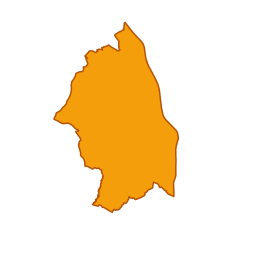 Itagüí, Antioquia, Colombia (Equal Earth projection), rotated 307°
{"feature_id": "7082276B40156907925674", "entity_name": "Itagüí", "entity_type": "district", "adm_level": 2, "iso_a3": "COL", "parent_name": "Colombia", "parent_adm1": "Antioquia", "projection": "equal_earth", "projection_center": [-75.62, 6.177], "detail": "fine", "context": "isolated", "style": "filled", "palette": "amber", "viewbox_px": 256, "rotation_deg": 307, "n_neighbors": 0, "source": "geoboundaries", "source_scale": "gbopen_adm2", "svg_char_len": 5490}
<svg xmlns="http://www.w3.org/2000/svg" viewBox="0 0 256 256"><g transform="rotate(307 128 128)"><path d="M204.6,88.4L205.2,86.3L207.1,75.0L210.5,62.2L209.6,61.9L208.4,62.7L205.5,64.5L205.2,64.6L204.2,64.8L204.1,65.4L200.4,63.9L200.2,63.5L195.0,61.5L194.6,61.5L193.9,61.8L193.7,62.1L191.7,68.6L190.7,69.3L188.3,70.8L187.6,71.8L187.2,72.0L186.9,72.0L186.8,72.3L186.4,72.8L185.7,73.3L185.6,74.4L184.1,74.2L183.8,74.0L183.7,73.9L183.2,70.8L182.7,66.3L182.6,65.1L182.6,63.1L182.7,62.7L180.0,61.3L179.3,60.7L178.8,60.6L178.3,59.9L177.7,59.9L177.3,59.6L177.0,58.9L176.6,58.7L176.5,58.8L176.0,59.1L175.5,60.2L175.0,60.5L174.4,59.0L173.7,57.8L173.3,57.3L173.0,57.1L171.7,56.3L171.2,57.6L170.6,57.2L170.4,57.0L170.1,57.3L169.9,57.3L169.3,57.1L169.1,56.8L168.6,55.8L168.5,55.0L168.4,54.0L168.3,53.6L168.1,53.3L167.9,53.2L167.7,52.6L166.8,51.4L166.5,51.1L165.8,50.7L163.6,50.8L163.1,50.7L161.8,50.7L160.7,50.3L160.3,50.3L159.5,50.4L159.2,51.0L159.2,51.4L159.8,52.0L159.0,53.5L158.4,52.9L158.5,52.5L158.4,52.4L157.2,53.8L155.6,56.6L155.3,57.0L155.0,57.2L154.4,57.3L153.8,57.4L152.2,57.4L151.5,57.3L150.9,56.9L150.4,56.1L150.1,55.8L149.8,55.7L149.5,55.8L148.3,57.0L147.6,57.4L147.2,57.6L145.9,57.6L145.3,57.3L144.2,56.0L143.3,55.2L140.8,53.9L140.3,53.8L139.9,53.8L139.5,53.9L138.3,54.5L137.1,54.8L136.0,54.9L135.3,55.1L134.6,55.2L132.0,55.2L131.2,55.3L130.4,55.6L128.1,56.8L126.5,58.3L125.8,58.8L124.2,59.9L121.3,61.5L118.3,62.3L116.8,62.7L112.7,63.1L111.9,63.3L110.8,64.0L110.4,64.1L107.4,64.0L105.4,63.6L104.2,63.5L101.8,63.6L100.1,63.2L97.4,61.9L97.0,61.8L96.6,61.8L96.2,61.9L94.9,62.6L94.4,62.7L92.5,63.0L91.5,63.2L90.9,63.4L90.6,63.6L90.5,64.0L91.0,66.0L91.3,67.6L91.5,68.9L91.5,69.9L91.7,71.2L91.8,71.7L92.2,73.1L92.9,74.1L95.4,76.7L95.9,77.6L96.3,78.7L96.5,80.5L96.5,81.2L96.5,82.2L96.3,83.5L96.0,85.8L95.9,87.6L96.4,89.1L96.5,89.7L96.4,90.0L96.0,90.2L95.4,89.9L94.3,89.0L94.0,88.6L93.9,88.5L93.6,88.5L93.4,88.8L92.0,93.3L91.8,94.2L91.3,95.5L91.0,96.2L90.0,97.6L89.7,97.7L89.1,97.6L88.6,97.3L87.6,97.3L86.5,98.1L85.6,98.3L85.1,98.5L84.7,98.8L83.2,100.4L81.1,103.3L80.0,104.7L79.5,105.3L78.4,105.9L77.9,106.4L77.6,106.8L77.3,107.7L76.8,110.5L76.5,111.6L75.6,112.8L74.2,114.5L73.9,114.8L72.5,115.9L72.2,116.2L72.0,116.8L71.9,116.8L72.9,118.8L73.1,119.4L73.2,119.9L73.3,121.0L73.4,121.7L73.6,122.2L73.7,124.0L73.9,124.3L74.1,124.5L74.8,124.9L75.4,125.0L76.2,125.1L76.4,125.2L76.6,125.9L76.7,126.8L76.8,127.1L78.3,128.9L78.5,129.4L78.0,130.7L78.1,130.9L78.5,132.2L77.7,133.1L77.4,133.2L77.0,133.2L76.8,133.3L76.7,133.7L75.6,135.5L75.2,136.1L74.9,136.5L74.8,136.8L74.6,137.1L74.4,137.3L74.2,137.3L73.9,137.1L73.7,137.1L73.1,138.0L72.8,138.1L72.1,138.0L71.6,137.9L71.4,137.9L70.8,138.2L70.3,138.7L70.1,138.8L70.0,138.7L69.7,138.2L69.6,138.3L69.5,138.9L69.3,139.2L68.9,139.4L68.5,139.3L68.3,139.3L68.0,139.5L67.8,139.8L67.4,139.7L66.7,139.9L66.2,140.4L65.7,140.6L65.5,141.0L65.3,141.3L64.8,141.4L64.6,141.5L64.3,141.4L64.1,141.2L63.9,141.2L63.6,141.4L63.3,141.8L63.2,141.9L62.1,141.5L61.9,141.6L61.1,142.5L60.9,142.3L60.7,142.0L60.4,142.3L60.1,142.4L59.8,142.2L59.7,142.2L59.5,142.4L59.4,143.3L59.2,143.6L58.6,143.6L58.2,144.1L57.6,144.5L57.1,144.3L56.3,144.3L56.1,144.5L55.7,144.7L55.8,145.1L55.9,145.3L56.2,145.4L56.3,145.7L56.3,145.9L56.1,146.1L55.5,146.1L55.4,146.0L55.4,145.4L55.3,145.2L54.4,145.6L53.8,145.8L53.5,146.0L53.1,145.7L52.9,145.9L52.7,145.9L52.2,145.7L52.0,145.4L51.5,145.3L51.4,145.6L51.6,145.8L51.4,146.0L51.2,146.1L50.9,145.7L50.3,146.5L49.8,146.1L49.5,146.0L49.4,146.0L49.2,146.5L48.8,146.6L48.7,146.4L48.7,146.0L48.6,145.9L48.3,145.8L48.1,145.7L47.9,145.6L47.7,145.7L47.7,146.0L47.1,145.8L46.7,146.0L45.7,145.6L45.5,145.8L45.8,146.5L45.9,147.2L46.2,148.1L47.0,149.7L47.5,151.2L47.9,151.3L49.4,151.3L49.7,152.2L49.8,153.7L49.5,154.9L49.3,155.1L49.3,155.4L49.4,155.6L50.0,156.5L50.3,158.3L50.2,158.3L50.6,162.7L50.8,163.4L51.2,166.1L53.6,165.7L54.5,165.7L54.8,167.5L55.0,167.8L56.0,168.1L56.1,168.3L56.4,169.2L57.1,169.4L58.3,170.0L58.6,170.0L59.2,170.0L59.8,169.9L61.7,170.1L62.4,169.6L62.6,169.6L63.2,169.8L64.0,170.4L64.3,170.4L65.7,169.9L65.8,169.9L66.0,170.3L66.6,171.5L66.9,171.7L67.5,171.9L69.6,171.6L70.7,171.3L71.8,171.3L72.0,171.2L72.6,170.7L72.9,170.5L73.3,170.3L73.7,170.3L73.8,172.5L74.3,173.8L74.5,173.9L75.2,174.0L75.4,174.2L75.5,174.4L75.6,175.0L75.5,175.6L75.2,176.5L75.3,176.8L75.5,177.2L80.0,180.0L84.1,181.8L84.6,181.8L86.0,180.8L86.4,180.6L86.6,180.7L88.4,181.5L90.5,181.4L94.4,183.5L95.0,183.6L95.3,183.6L98.1,181.9L99.3,181.4L100.3,181.2L100.6,183.1L101.1,184.4L101.2,184.9L101.2,185.8L100.9,186.8L100.5,187.5L100.2,187.9L99.8,188.2L99.7,189.1L99.7,189.3L101.0,190.3L100.2,195.2L100.8,196.4L100.8,196.7L100.0,197.0L99.6,199.5L99.5,200.3L99.6,200.5L99.8,200.9L100.8,205.7L101.5,205.4L103.3,204.1L105.1,202.7L111.1,197.7L112.9,196.8L114.7,196.3L117.4,195.4L118.8,194.8L120.7,193.4L125.7,189.6L130.2,186.4L133.2,184.1L134.4,183.0L139.3,179.3L140.0,178.8L142.6,177.4L146.7,175.7L148.7,175.0L149.7,174.6L150.8,173.8L153.4,171.0L153.8,170.5L154.3,169.8L154.7,168.9L155.0,168.0L155.4,165.9L157.2,154.2L157.3,153.2L157.6,152.2L158.1,150.9L158.5,149.8L158.9,149.0L160.2,147.2L162.1,145.2L163.3,143.6L164.4,142.4L171.7,135.4L175.1,132.2L176.8,130.5L178.3,128.9L180.6,125.9L182.2,123.3L183.0,121.8L184.6,118.4L186.0,115.5L187.1,113.2L189.1,108.7L190.0,106.9L191.0,105.2L191.9,104.0L191.7,103.7L192.6,102.7L193.5,101.7L193.4,101.5L195.9,98.7L200.1,94.6L202.0,92.7L202.7,91.7L203.3,91.0L204.0,89.8L204.6,88.4Z" fill="#f59e0b" stroke="#b45309" stroke-width="1.5"/></g></svg>